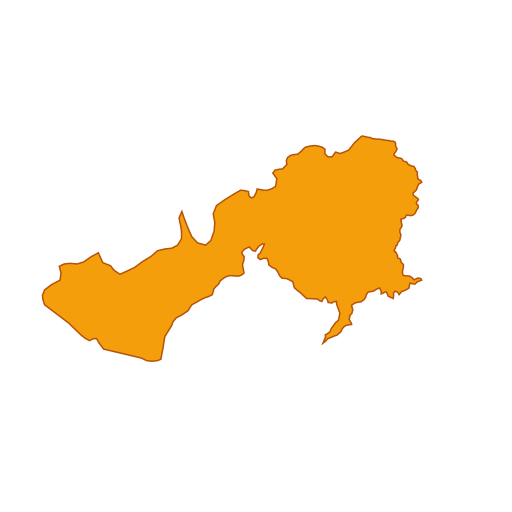 Baling, Kedah, Malaysia, rotated 222°
{"feature_id": "92858781B88693147635534", "entity_name": "Baling", "entity_type": "district", "adm_level": 2, "iso_a3": "MYS", "parent_name": "Malaysia", "parent_adm1": "Kedah", "projection": "orthographic", "projection_center": [100.8, 5.723], "detail": "fine", "context": "isolated", "style": "filled", "palette": "amber", "viewbox_px": 512, "rotation_deg": 222, "n_neighbors": 0, "source": "geoboundaries", "source_scale": "gbopen_adm2", "svg_char_len": 4597}
<svg xmlns="http://www.w3.org/2000/svg" viewBox="0 0 512 512"><g transform="rotate(222 256 256)"><path d="M334.3,235.8L340.9,239.5L338.6,232.7L331.2,227.3L327.8,224.4L322.9,219.0L321.5,211.6L323.9,205.3L328.3,200.4L332.7,194.0L333.7,185.7L336.6,175.9L338.6,166.1L342.5,156.8L344.9,151.4L351.8,150.4L357.6,151.4L365.5,148.5L375.3,152.9L378.2,144.6L380.1,136.2L383.6,130.4L389.4,126.0L393.3,121.6L395.3,116.7L389.4,112.8L385.5,106.9L388.9,97.6L390.4,89.3L388.4,83.9L385.7,81.4L383.8,80.2L380.4,78.3L350.6,80.8L333.1,80.2L328.1,80.5L323.1,81.7L321.8,85.2L319.3,88.0L314.9,86.4L306.8,84.9L273.0,103.4L267.0,105.2L262.7,108.4L259.2,112.4L257.6,115.6L264.5,126.9L268.0,132.2L269.9,135.3L272.1,147.8L273.6,151.3L273.9,156.6L271.7,162.5L269.9,169.8L271.1,176.6L267.7,186.7L266.1,190.7L264.2,193.9L263.6,195.4L262.6,198.0L265.2,203.2L265.4,206.0L265.0,210.0L266.0,213.6L265.0,218.8L263.6,222.2L261.6,224.6L258.6,226.8L255.3,229.6L253.9,232.4L253.5,235.3L257.4,238.3L259.4,239.7L260.8,241.5L262.0,244.5L264.4,247.7L266.2,247.9L268.8,248.9L269.2,250.5L269.0,253.5L268.0,256.1L267.0,258.3L264.6,257.9L261.8,257.9L259.6,259.3L260.2,261.5L260.4,265.5L259.4,269.3L257.8,270.5L256.6,267.5L255.6,263.9L254.8,260.7L255.2,258.3L253.5,256.1L250.5,256.1L248.7,259.5L246.3,261.5L243.7,260.5L240.3,257.9L236.5,258.3L233.1,259.5L229.5,258.9L225.1,257.1L221.9,256.9L218.1,259.7L215.5,260.5L211.6,261.5L206.2,258.1L202.0,258.1L197.8,258.5L194.0,258.3L189.8,258.3L187.8,260.1L185.6,261.9L183.2,263.7L182.0,265.1L179.0,265.3L176.6,266.3L177.4,268.7L177.2,271.9L173.7,271.3L171.3,269.7L168.1,271.9L167.7,273.9L165.9,276.0L163.1,273.7L158.1,271.1L155.3,269.5L151.7,263.3L152.3,260.1L151.9,255.9L151.5,252.3L150.3,249.3L150.9,246.3L151.7,243.7L150.1,242.3L148.3,237.1L147.9,236.0L147.3,239.3L147.3,242.5L145.7,245.9L144.3,248.9L142.9,251.3L142.5,253.7L142.3,256.9L143.1,258.7L143.3,262.1L142.7,264.5L140.7,267.3L139.1,269.1L140.3,269.9L144.5,271.3L145.5,273.5L146.5,274.1L146.3,277.3L147.9,280.6L148.7,281.2L151.9,283.2L151.9,284.2L150.9,287.4L149.5,289.6L147.3,292.2L146.5,295.8L146.9,298.6L148.3,301.8L148.5,304.2L146.5,306.8L144.9,309.2L144.3,311.8L142.7,315.0L139.1,313.4L137.6,311.6L136.6,313.8L135.6,316.2L134.6,316.4L130.8,314.6L125.6,316.2L127.2,318.7L128.8,320.1L129.2,322.9L126.2,323.9L123.8,323.1L124.0,327.0L122.8,329.1L121.7,331.9L121.2,333.4L120.9,334.7L121.9,336.0L123.0,338.1L123.3,339.0L121.4,339.9L119.1,341.5L118.9,343.1L118.9,344.6L116.7,348.9L117.8,349.5L119.8,348.9L121.2,347.5L121.8,345.9L122.6,344.1L125.2,344.3L127.8,344.1L129.8,342.9L131.8,341.1L133.8,340.1L136.2,341.7L137.8,344.1L139.2,346.7L140.8,348.3L143.9,348.5L145.3,349.5L147.1,350.3L149.5,349.3L150.1,349.9L150.9,350.9L151.8,351.2L153.5,352.1L155.4,352.5L155.8,352.0L156.7,352.3L157.2,353.0L157.5,354.0L157.8,355.4L158.0,355.8L158.9,356.9L158.4,357.8L158.5,359.0L159.0,359.6L159.7,360.6L159.6,362.0L159.6,363.2L159.8,364.3L160.5,365.1L160.8,365.9L162.1,368.1L162.6,368.8L163.4,369.2L164.5,369.6L165.4,370.4L166.5,371.5L166.9,372.6L167.2,374.2L167.6,376.2L169.9,377.8L171.5,379.2L172.9,379.9L172.6,381.0L171.3,382.7L170.8,384.7L171.2,385.8L171.5,386.9L170.2,388.3L168.8,388.9L167.7,389.9L166.6,391.7L166.3,393.5L166.7,395.6L167.5,397.8L167.7,400.5L169.2,402.1L170.8,402.0L172.5,402.8L172.9,404.7L172.9,406.5L174.0,407.0L176.3,406.8L178.4,406.5L179.9,406.5L181.4,407.9L181.1,410.4L181.0,412.3L181.7,414.2L182.6,416.0L183.1,418.7L182.1,421.6L183.9,422.3L186.1,421.8L187.8,421.8L189.1,423.3L190.6,424.3L192.3,426.4L194.7,426.5L196.1,427.6L198.7,428.2L200.2,427.2L202.0,426.5L204.7,425.9L206.9,426.7L208.2,426.1L210.1,425.1L212.3,425.8L213.8,425.5L215.5,424.5L216.5,423.7L218.7,423.4L221.1,423.3L221.8,424.7L221.9,427.0L222.8,430.0L225.9,431.2L227.6,433.1L229.2,433.7L230.6,433.3L232.3,431.8L234.1,431.0L235.8,429.7L238.2,428.1L240.4,426.8L241.9,425.8L243.5,424.5L245.0,423.2L246.6,422.2L248.4,420.9L250.2,420.6L252.1,419.2L257.0,416.5L257.7,415.7L258.6,406.0L258.3,402.2L258.0,396.6L260.2,391.9L262.1,388.4L266.4,386.5L265.8,380.6L269.0,377.8L273.3,378.1L276.2,381.5L279.3,381.2L282.7,379.7L286.2,377.5L289.3,374.0L292.1,369.9L292.5,366.8L292.5,364.0L293.1,359.6L295.9,356.5L297.8,353.6L298.4,350.2L297.2,347.1L294.3,344.6L294.6,338.3L296.5,336.4L299.3,332.6L299.0,328.9L292.1,327.3L290.6,324.8L288.1,321.1L289.0,317.0L291.5,312.6L294.6,309.8L300.0,306.6L298.4,303.5L297.1,298.8L298.4,296.0L301.5,296.0L304.7,298.8L307.8,297.2L311.4,294.7L313.7,287.8L316.8,277.1L319.1,267.1L316.0,258.7L309.1,253.4L303.8,246.5L299.9,237.3L300.7,230.4L308.3,226.6L316.7,227.4L325.2,231.2L334.3,235.8Z" fill="#f59e0b" stroke="#b45309" stroke-width="1.5"/></g></svg>